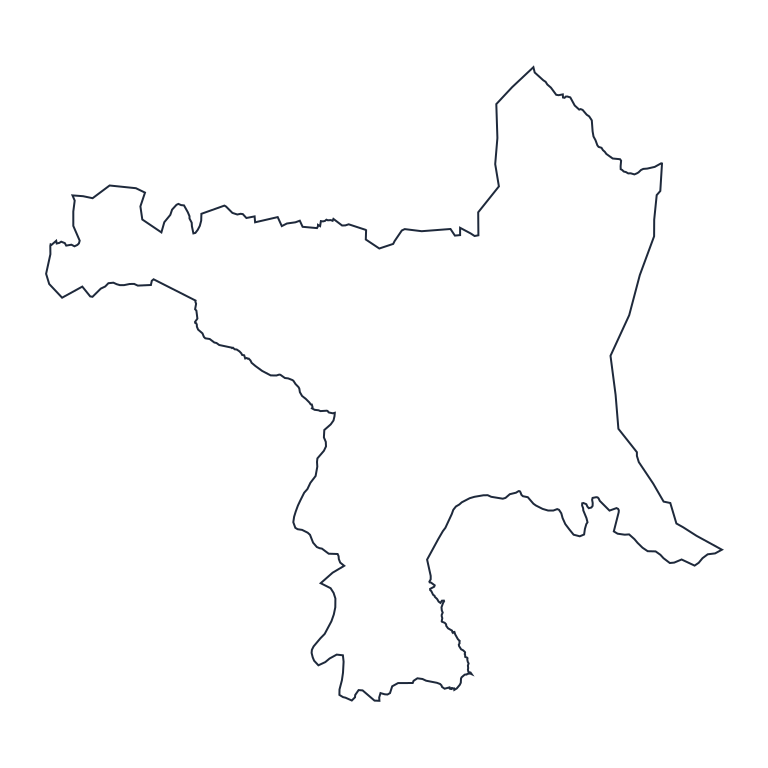 outline of Tamazulápam del Espíritu Santo, Oaxaca, Mexico
{"feature_id": "50627088B94442795805381", "entity_name": "Tamazulápam del Espíritu Santo", "entity_type": "district", "adm_level": 2, "iso_a3": "MEX", "parent_name": "Mexico", "parent_adm1": "Oaxaca", "projection": "robinson", "projection_center": [-96.035, 17.033], "detail": "fine", "context": "isolated", "style": "outline", "palette": "slate", "viewbox_px": 768, "rotation_deg": 0, "n_neighbors": 0, "source": "geoboundaries", "source_scale": "gbopen_adm2", "svg_char_len": 6085}
<svg xmlns="http://www.w3.org/2000/svg" viewBox="0 0 768 768"><path d="M320.7,583.2L330.6,588.2L333.6,592.9L335.4,598.5L335.3,607.3L333.8,614.5L331.4,621.3L324.7,633.9L320.4,638.3L313.6,646.4L311.9,649.8L311.6,652.9L312.7,657.3L314.1,660.7L318.4,665.3L325.3,662.1L329.6,658.5L336.7,654.6L342.9,655.3L343.6,661.7L343.0,672.7L341.9,680.3L339.5,689.5L339.4,694.9L343.0,697.1L345.5,697.7L351.8,700.5L355.0,697.3L355.2,695.0L358.6,690.1L362.6,690.4L374.5,700.6L379.4,700.8L379.2,697.5L380.5,693.1L384.8,694.3L387.5,694.5L390.0,693.1L392.2,686.3L398.0,683.1L412.7,683.0L413.6,680.8L417.4,678.3L422.5,679.0L426.1,680.7L436.9,682.8L440.1,684.0L441.5,685.4L442.0,686.9L444.6,688.7L449.4,687.4L449.5,688.4L450.0,688.8L451.4,689.0L451.4,688.1L452.1,688.0L452.9,688.4L454.1,688.4L454.3,689.9L456.8,688.4L459.8,684.8L460.8,682.7L461.0,678.6L461.6,677.3L464.3,675.0L465.1,674.5L466.7,674.5L467.3,673.9L470.1,673.5L471.7,674.2L470.5,672.5L468.6,672.1L468.3,671.6L467.9,669.5L468.2,668.1L467.9,665.6L468.6,663.4L467.8,661.9L467.3,659.7L467.5,658.2L467.2,657.7L465.2,656.9L465.1,654.7L464.7,654.0L465.1,652.8L464.9,652.0L463.1,650.3L461.1,649.3L459.1,646.1L458.8,644.7L459.6,643.2L459.4,641.8L459.7,641.0L457.9,639.2L455.2,634.4L454.4,631.9L453.7,632.0L452.9,632.9L452.5,632.5L452.0,630.6L448.0,628.3L446.2,625.8L446.1,624.3L444.7,622.8L441.9,621.7L441.7,621.3L442.3,618.2L441.7,616.1L441.7,614.9L442.7,612.6L441.8,610.4L441.5,607.3L443.0,603.1L444.1,601.2L443.9,600.6L441.9,600.7L440.4,602.9L438.6,601.6L437.1,599.0L434.8,596.8L434.5,595.7L433.1,594.8L431.3,591.1L430.2,590.1L430.1,588.9L434.2,586.7L434.7,585.3L431.0,582.6L429.7,582.4L429.4,581.6L430.7,579.3L430.7,575.9L427.1,559.6L438.3,539.0L442.9,531.1L445.4,527.8L451.8,514.0L453.3,509.8L455.9,506.5L459.3,504.5L461.8,502.3L469.7,498.2L474.5,496.8L483.3,495.3L487.7,495.2L491.2,496.8L502.8,498.7L505.5,497.9L509.8,494.2L516.0,492.7L518.6,491.1L519.7,491.2L520.5,492.3L521.4,494.8L522.9,496.2L527.8,497.2L533.4,503.7L535.9,505.5L542.6,508.9L548.0,510.5L553.4,510.5L557.2,509.1L559.0,509.8L561.3,513.3L562.6,518.1L565.3,524.1L569.4,529.5L573.6,534.7L579.8,536.3L584.1,534.5L584.9,529.0L586.3,524.1L587.5,522.3L586.5,518.2L583.3,510.4L583.1,508.1L582.1,505.5L582.2,503.3L583.4,503.0L586.3,504.2L587.4,506.6L588.8,508.2L591.4,507.5L592.6,505.9L592.7,503.0L592.1,499.8L592.6,497.9L596.2,497.2L597.6,497.4L598.6,498.4L599.8,500.9L609.5,510.6L616.5,508.1L618.1,508.9L618.8,510.3L618.7,512.2L613.8,531.4L617.6,533.7L624.7,534.7L629.1,534.4L634.4,539.1L637.6,542.9L642.5,547.7L647.7,551.2L655.6,551.4L660.4,554.8L663.5,558.2L669.8,563.0L674.2,562.6L681.6,559.5L694.6,565.6L698.7,562.8L702.5,558.2L707.7,554.3L715.1,553.4L721.9,549.7L696.5,535.8L683.2,527.3L676.4,523.5L670.3,503.0L663.6,501.6L653.2,483.6L638.8,462.1L636.9,455.9L636.9,452.2L618.4,428.8L615.6,394.9L610.5,355.8L629.2,315.2L639.8,275.1L654.1,236.3L654.2,219.7L656.7,195.1L660.3,191.0L662.0,163.5L661.2,163.3L654.7,166.9L647.2,168.6L643.3,168.9L641.0,170.0L638.5,172.4L636.8,173.4L634.4,174.4L630.7,173.3L628.2,173.4L626.0,172.1L623.7,171.5L622.2,170.0L620.7,169.2L620.6,166.2L621.1,160.7L620.0,159.2L612.7,158.5L606.4,154.0L604.8,151.8L602.9,150.1L601.5,147.8L598.6,146.9L597.4,145.4L595.5,140.2L593.5,136.5L592.6,131.3L591.8,120.4L589.2,116.4L586.7,114.7L582.6,109.9L580.6,109.1L579.2,109.6L574.7,105.5L570.3,97.4L567.3,96.5L565.7,96.6L564.6,97.8L563.0,97.5L562.8,94.4L558.6,95.2L556.2,94.8L550.9,87.6L547.3,84.5L545.6,81.8L543.3,80.3L534.7,72.5L533.4,67.2L512.1,87.2L496.3,104.1L497.4,138.0L495.2,164.1L498.9,186.4L478.2,212.3L478.4,235.3L474.6,236.0L470.6,233.4L460.1,227.8L460.1,235.1L454.9,235.6L450.5,229.0L421.7,231.2L404.7,229.1L401.8,230.5L394.6,241.1L393.2,243.9L379.3,248.5L365.8,239.5L366.1,230.2L365.5,229.8L348.7,224.3L345.3,225.4L342.1,225.5L333.4,218.9L332.6,220.8L330.8,220.1L327.9,220.3L326.4,219.7L325.0,220.9L323.0,221.4L320.9,221.1L320.1,226.1L318.0,224.9L318.0,226.2L317.0,228.1L302.6,226.8L299.8,220.7L295.4,222.3L286.9,223.5L281.8,226.1L277.7,217.1L255.1,222.3L254.6,216.4L246.4,218.0L242.8,214.1L240.6,213.8L237.3,214.5L232.4,212.9L226.0,206.5L224.4,205.6L201.4,213.8L201.2,220.6L199.8,225.9L197.7,229.9L195.4,232.9L193.4,233.4L191.9,226.2L191.7,222.7L189.5,218.5L189.5,216.2L187.8,212.2L184.0,205.4L181.1,205.1L178.4,203.9L176.5,204.8L172.1,209.6L170.3,214.9L164.3,222.2L161.4,232.4L142.3,219.5L140.4,206.4L145.0,192.6L135.9,188.2L109.6,185.5L92.6,198.2L83.1,196.2L72.5,195.4L74.7,200.6L73.3,211.5L73.3,225.9L79.7,240.7L78.9,243.4L77.4,244.9L74.5,246.3L71.4,244.7L66.2,245.6L64.8,243.1L61.2,241.7L59.3,242.9L56.7,243.5L56.2,240.8L51.5,244.9L50.6,244.4L50.3,245.9L50.4,254.2L46.1,273.8L49.2,284.0L62.1,297.7L82.3,286.6L90.2,296.4L92.5,296.8L100.8,288.6L105.2,286.5L108.4,283.2L113.4,282.7L116.7,284.2L119.8,285.1L124.2,285.1L129.6,284.0L134.1,283.9L137.8,285.6L150.9,285.0L151.8,280.8L153.6,279.3L195.6,300.6L195.4,301.8L196.1,303.8L195.1,309.2L196.4,310.7L197.4,318.6L195.0,322.0L195.3,323.0L196.2,323.2L196.8,324.6L196.9,326.7L198.1,329.6L202.5,333.4L203.9,336.9L205.3,338.3L209.7,339.0L214.3,342.5L216.5,343.0L219.2,345.0L231.5,347.6L232.0,348.1L232.9,347.7L234.7,349.3L236.7,349.5L239.5,351.4L241.3,353.3L242.1,354.9L244.2,355.3L245.2,358.5L246.7,358.0L248.0,358.8L248.7,358.6L250.5,360.5L251.6,362.8L255.4,366.0L262.1,370.9L270.7,375.4L276.4,375.5L279.2,374.6L280.4,374.8L284.9,378.0L288.2,378.4L292.5,380.1L293.5,380.9L295.5,384.0L298.5,387.1L299.3,388.6L299.9,392.2L302.1,396.0L305.8,398.9L309.4,402.5L310.7,404.4L311.8,404.5L312.6,407.3L311.9,408.3L314.6,409.8L318.6,410.3L320.4,411.1L326.8,410.7L327.6,411.0L328.7,412.4L329.9,412.7L332.9,413.3L334.8,412.8L334.5,416.2L333.5,420.5L330.7,424.4L324.3,430.0L323.9,437.4L325.8,441.9L326.0,446.4L323.9,450.8L317.4,458.4L317.0,462.0L317.3,466.7L315.6,476.0L310.4,482.8L307.4,489.1L304.2,492.7L300.3,500.5L297.9,505.6L295.7,511.6L294.1,516.8L293.3,522.2L295.3,527.8L297.6,529.2L302.1,529.9L307.7,532.7L310.0,534.8L313.1,542.7L316.8,547.0L319.6,548.2L321.9,548.6L328.7,553.7L337.6,554.0L338.6,556.2L338.8,559.0L340.2,562.6L344.2,565.8L332.6,572.7L320.7,583.2Z" fill="none" stroke="#1e293b" stroke-width="2"/></svg>